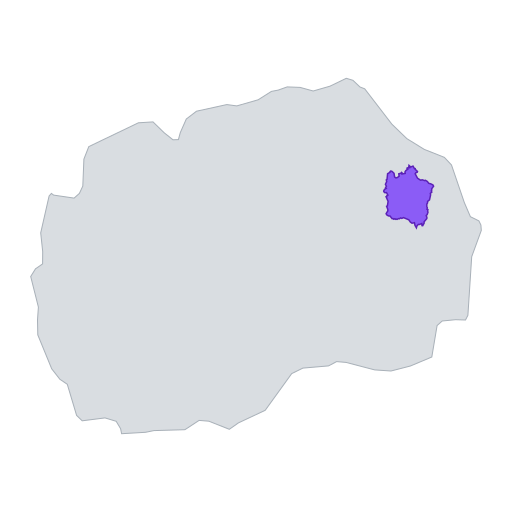 location of Vinitsa, Vinica, North Macedonia
{"feature_id": "65306769B11231402107621", "entity_name": "Vinitsa", "entity_type": "district", "adm_level": 2, "iso_a3": "MKD", "parent_name": "North Macedonia", "parent_adm1": "Vinica", "projection": "mercator", "projection_center": [22.586, 41.86], "detail": "fine", "context": "in_parent", "style": "filled", "palette": "violet", "viewbox_px": 512, "rotation_deg": 0, "n_neighbors": 0, "source": "geoboundaries", "source_scale": "gbopen_adm2", "svg_char_len": 2526}
<svg xmlns="http://www.w3.org/2000/svg" viewBox="0 0 512 512"><path d="M227.0,104.6L236.8,105.9L258.1,99.8L271.4,91.4L278.2,90.1L287.2,86.9L300.1,87.4L313.2,91.0L329.9,86.2L346.3,78.3L352.9,80.3L360.0,87.0L364.7,88.8L391.9,124.2L406.8,138.6L424.3,149.4L444.4,157.4L451.5,165.0L464.3,202.5L470.4,216.7L478.9,220.9L480.9,225.0L481.3,230.4L471.7,256.7L467.9,315.3L465.5,320.0L455.5,319.7L442.2,321.0L437.1,325.5L431.8,357.0L410.4,366.0L391.0,371.0L374.7,369.9L346.0,362.4L336.6,361.6L328.5,365.9L302.9,368.1L291.7,373.6L265.2,410.3L238.4,422.9L229.3,429.3L208.9,421.2L199.1,420.4L184.9,429.7L153.9,430.6L145.5,432.3L121.6,433.7L120.6,428.7L116.2,421.3L105.0,417.9L82.2,420.8L76.6,415.4L67.3,384.3L59.9,379.3L51.7,368.8L37.8,334.9L37.5,320.0L38.4,307.1L30.7,276.5L35.5,268.8L42.6,263.9L42.7,251.6L40.7,232.9L49.1,196.0L51.4,193.4L53.6,195.1L74.1,198.1L79.4,193.4L82.8,186.1L83.9,159.1L88.8,146.6L138.4,122.8L153.0,121.9L164.2,132.8L173.0,139.8L178.4,139.6L180.3,132.6L186.3,119.0L196.5,111.2L226.7,104.6L227.0,104.6Z" fill="#d9dde1" stroke="#a8b0b8" stroke-width="1"/><path d="M426.8,206.7L426.8,204.1L427.5,203.0L427.6,201.4L429.5,199.9L430.6,194.9L430.3,193.4L431.8,192.1L431.3,190.9L431.8,190.1L431.6,188.9L433.6,186.2L432.9,184.9L430.7,183.8L428.7,183.3L427.4,181.5L425.4,180.3L424.7,180.6L422.2,179.8L420.6,180.2L417.5,178.2L415.2,173.8L416.0,172.6L417.2,172.3L417.5,171.5L415.2,169.3L415.2,168.6L414.4,168.5L413.0,166.1L410.7,167.0L409.0,165.4L408.8,166.7L409.4,167.7L407.2,167.9L407.0,168.7L407.7,169.2L405.8,170.6L405.0,171.9L405.2,173.4L402.0,174.0L402.1,172.9L401.6,172.4L400.9,173.2L398.8,173.8L399.1,176.2L397.4,177.5L395.9,177.9L394.6,177.0L394.0,173.3L392.0,171.4L390.8,171.0L390.0,171.6L390.0,172.3L387.6,173.7L387.0,179.4L386.3,179.9L386.7,181.6L385.4,184.3L386.4,186.2L385.5,187.8L386.2,188.4L384.5,189.4L383.7,191.0L383.8,191.7L384.9,192.7L386.5,192.6L387.9,195.1L386.9,195.6L386.8,196.7L386.1,196.8L388.1,201.4L387.4,205.8L386.6,206.3L387.8,209.4L387.8,211.0L386.9,212.3L386.1,213.8L387.1,215.2L388.8,216.0L390.0,216.0L392.1,218.7L393.1,218.6L393.7,219.2L394.5,218.8L395.3,219.3L395.8,218.9L397.0,219.4L398.5,218.6L399.4,218.8L400.6,217.9L401.8,218.4L403.5,217.6L408.8,219.8L410.3,222.0L412.0,223.2L414.4,222.7L415.0,225.4L416.4,227.8L416.9,226.0L418.3,224.4L419.3,224.5L421.8,223.5L422.0,225.6L422.7,225.7L424.1,223.2L424.1,221.8L426.8,218.6L426.9,217.4L426.2,215.6L427.2,214.5L428.0,212.1L427.6,211.3L427.9,209.6L427.0,209.3L427.3,207.7L426.8,206.7Z" fill="#8b5cf6" stroke="#5b21b6" stroke-width="1.5"/></svg>